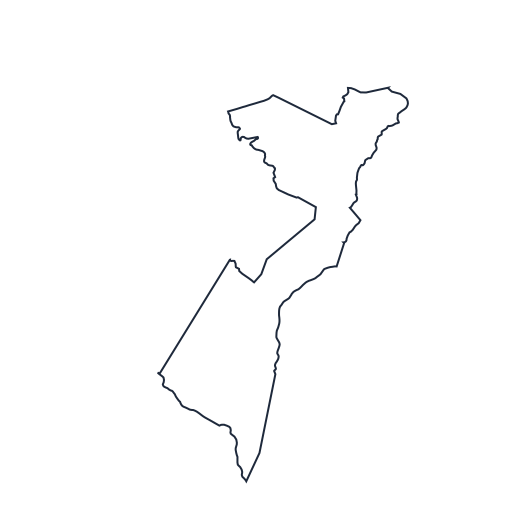 Bois Joli, Dennery, Saint Lucia, rotated 295°
{"feature_id": "8701671B16318499791123", "entity_name": "Bois Joli", "entity_type": "district", "adm_level": 2, "iso_a3": "LCA", "parent_name": "Saint Lucia", "parent_adm1": "Dennery", "projection": "natural_earth1", "projection_center": [-60.911, 13.922], "detail": "fine", "context": "isolated", "style": "outline", "palette": "slate", "viewbox_px": 512, "rotation_deg": 295, "n_neighbors": 0, "source": "geoboundaries", "source_scale": "gbopen_adm2", "svg_char_len": 6065}
<svg xmlns="http://www.w3.org/2000/svg" viewBox="0 0 512 512"><g transform="rotate(295 256 256)"><path d="M463.9,318.4L462.4,309.6L464.0,304.5L464.3,304.6L450.8,286.8L448.5,281.7L448.5,280.0L448.7,275.1L448.3,271.2L447.2,268.3L443.5,270.5L441.2,270.3L439.3,269.2L437.5,267.7L436.2,267.7L436.0,269.2L433.5,270.7L433.0,270.3L427.0,269.9L423.0,270.3L419.1,270.5L418.5,269.4L417.0,269.2L412.0,270.7L410.1,272.5L407.5,269.0L407.6,265.7L409.0,209.3L409.0,203.6L408.1,202.9L407.2,202.5L405.2,201.8L404.1,201.2L402.9,200.3L400.0,197.6L397.6,194.8L393.9,190.7L389.8,186.0L387.1,183.1L385.6,181.3L381.2,176.5L375.2,169.6L374.6,170.2L374.1,170.5L373.8,170.7L373.5,171.1L373.1,171.9L373.0,172.3L372.4,172.9L371.6,173.5L371.2,173.6L370.6,173.9L369.9,174.4L369.3,174.7L367.7,175.8L366.2,177.6L365.0,178.8L364.7,179.2L364.4,179.8L364.0,180.7L364.0,181.5L364.3,183.6L364.8,184.8L365.2,185.6L365.3,186.1L365.3,186.3L364.8,187.4L364.5,187.7L364.1,187.7L362.4,187.1L361.4,186.9L361.1,186.9L360.6,187.0L359.3,187.7L358.4,188.3L357.1,189.1L356.7,189.3L355.2,190.3L354.8,190.6L354.5,191.1L354.1,192.0L354.0,192.7L354.3,193.0L354.6,193.0L356.0,192.5L356.8,192.5L357.6,192.8L358.3,193.4L358.8,194.8L358.5,196.4L358.5,197.8L359.0,199.5L364.6,207.2L364.5,207.4L364.2,207.7L363.7,208.0L363.1,207.9L362.8,207.8L362.5,207.4L362.1,206.8L361.7,206.5L359.5,205.5L359.1,205.3L358.6,204.8L357.1,203.8L356.4,203.5L355.3,203.4L354.9,203.5L354.7,203.6L354.4,203.9L354.3,204.4L354.5,205.1L354.5,205.4L353.8,206.4L352.9,208.4L352.6,210.1L352.6,211.4L353.2,213.4L353.8,217.7L353.7,218.2L353.6,219.0L353.2,220.0L352.7,220.7L352.3,221.1L351.9,221.3L350.9,221.6L350.0,222.3L349.4,222.5L348.8,222.6L347.5,222.7L346.8,222.8L346.2,222.9L345.2,223.3L344.8,223.7L344.5,224.3L344.4,224.8L344.4,225.8L344.5,226.2L344.4,226.6L343.8,228.1L343.7,228.6L343.9,230.1L344.2,231.0L344.7,232.7L344.7,233.4L344.6,233.8L343.7,235.3L343.5,235.8L343.5,236.1L342.1,236.7L338.8,236.7L335.6,240.0L333.8,239.0L331.7,240.2L329.7,243.4L327.5,244.9L326.1,246.3L325.4,248.8L325.4,259.3L326.1,268.1L327.0,269.2L325.6,289.6L314.0,293.6L282.1,278.6L257.6,267.1L241.7,268.5L231.3,265.4L231.5,264.4L232.1,262.3L232.8,258.9L234.1,251.1L235.3,247.2L237.2,246.0L237.3,242.6L237.9,242.1L240.4,240.8L242.4,238.5L241.8,237.0L241.0,235.7L241.0,234.2L241.6,234.0L241.5,233.9L109.0,218.4L108.7,216.2L108.3,217.5L107.3,222.0L106.8,223.5L104.8,225.0L102.5,225.7L100.3,225.8L99.2,226.8L98.7,228.1L98.7,230.1L98.8,231.6L98.2,233.8L98.1,235.6L98.3,236.7L98.0,237.9L97.2,239.3L96.4,240.9L95.4,242.0L94.5,243.2L93.4,245.1L92.3,247.1L91.7,248.9L90.8,249.7L89.7,251.1L88.9,252.8L88.8,254.4L88.9,256.2L88.9,258.7L88.8,260.8L89.2,262.5L89.9,264.3L90.0,266.3L89.9,268.3L89.4,271.1L88.8,273.8L88.4,275.7L88.1,277.9L86.8,294.5L88.3,295.8L89.1,297.3L89.6,298.4L89.9,301.4L89.9,304.0L89.2,305.5L87.4,306.8L85.3,307.4L84.3,308.2L83.9,309.7L83.2,312.8L81.3,315.7L78.8,317.5L77.1,318.2L73.3,318.8L71.7,319.5L69.2,321.3L67.6,322.6L66.1,324.1L61.1,326.4L59.2,327.7L58.7,328.8L58.0,330.9L56.4,333.2L54.7,334.6L53.6,335.1L51.9,335.5L51.1,336.0L50.1,337.1L49.5,339.0L48.8,340.6L48.3,341.6L47.7,342.4L78.9,342.4L157.1,323.5L159.4,321.1L159.7,321.0L159.8,321.0L161.6,321.7L161.9,321.7L162.1,321.7L162.5,321.5L163.1,321.0L164.5,319.6L165.0,319.4L165.6,319.2L166.8,319.1L167.3,319.1L169.4,319.5L170.4,319.5L170.6,319.6L172.2,319.6L173.2,319.4L174.3,319.1L175.1,318.6L175.6,318.0L176.1,317.2L176.9,316.3L177.2,316.2L178.2,315.9L179.4,315.7L182.0,315.5L184.5,315.2L185.9,314.8L186.6,314.3L187.3,313.7L187.7,313.2L189.0,311.3L190.2,309.6L191.0,308.8L191.8,308.4L195.2,307.0L196.2,306.7L197.3,306.4L197.8,306.4L200.5,306.3L202.4,306.0L204.6,305.6L206.2,305.1L207.1,304.7L208.0,304.3L209.8,303.3L211.9,302.0L212.9,301.5L215.1,300.5L216.6,299.9L218.3,299.4L219.1,299.3L219.6,299.3L220.0,299.2L220.4,299.2L222.1,299.7L225.5,300.2L226.1,300.4L227.0,300.8L229.9,302.7L231.0,303.4L232.1,303.9L235.8,304.4L236.7,304.4L238.5,304.9L239.2,305.1L240.1,305.6L240.4,305.8L240.7,306.0L242.2,307.1L243.6,308.4L244.5,308.9L246.1,309.6L248.1,310.3L249.6,310.8L252.8,312.2L254.0,312.9L256.0,314.5L257.1,315.7L259.5,318.0L260.6,318.9L261.4,319.4L262.7,320.0L265.6,321.6L266.7,322.1L267.4,322.3L267.7,322.3L269.8,322.7L271.0,322.9L272.5,323.2L273.0,323.4L273.7,324.0L274.3,324.6L275.6,325.9L276.8,327.3L277.5,328.2L278.3,329.5L279.9,331.8L280.5,333.1L280.6,333.5L305.0,330.4L305.3,329.6L305.7,330.4L307.3,331.3L308.6,331.3L310.0,330.8L313.4,330.5L317.0,330.8L317.9,331.6L320.5,332.6L324.6,333.2L326.5,333.8L329.1,335.2L332.6,335.5L339.4,320.7L340.0,321.2L341.0,321.5L343.0,321.8L345.0,322.0L346.1,322.4L347.6,323.4L348.6,323.8L349.6,323.8L350.6,323.5L351.6,322.9L353.9,320.5L354.2,320.8L354.5,321.0L355.2,320.5L357.8,319.4L362.5,316.6L364.0,315.8L364.8,315.5L365.5,315.3L365.9,315.2L367.5,315.3L367.9,315.2L368.2,315.1L369.7,314.3L371.5,313.7L373.9,312.9L374.2,312.8L375.0,312.7L378.2,312.4L379.4,312.4L380.6,312.8L382.2,312.8L383.0,313.1L383.2,313.4L383.2,313.9L383.3,314.3L383.6,314.6L384.7,315.0L385.9,315.2L388.6,314.6L389.0,314.6L389.3,314.7L391.1,315.8L391.8,316.2L392.1,316.5L392.7,317.7L393.1,318.4L393.5,318.6L393.9,318.8L394.7,318.8L396.3,318.7L399.2,319.0L400.0,319.2L401.2,319.6L402.0,319.8L402.7,320.0L403.1,320.1L403.9,320.0L404.2,319.9L405.0,319.6L405.9,318.8L407.1,317.6L407.8,317.2L408.2,317.0L408.6,316.9L409.3,316.9L410.5,317.1L411.0,317.1L412.1,316.8L412.9,316.9L413.3,316.9L414.8,316.3L415.5,316.2L415.9,316.3L416.2,316.5L418.6,318.2L419.0,318.5L419.4,318.5L420.5,318.0L421.2,317.6L421.5,317.5L421.9,317.4L422.3,317.5L422.7,317.7L425.8,319.9L426.5,320.3L427.2,320.6L428.0,320.6L429.1,320.6L429.5,320.8L429.8,321.0L430.0,321.4L430.0,321.8L431.2,323.6L431.8,324.3L432.4,324.8L435.2,326.7L435.4,327.0L436.2,328.1L436.5,328.4L437.2,328.7L437.3,329.0L437.5,329.0L437.6,328.9L439.9,326.4L441.0,325.9L442.2,325.6L443.3,325.1L444.4,324.8L445.0,324.8L445.7,325.1L446.7,325.7L448.6,326.6L451.7,328.5L453.6,329.4L454.4,329.5L454.8,329.6L456.7,329.6L457.3,329.5L458.5,329.2L460.3,328.1L460.9,327.5L462.0,326.2L462.4,325.7L463.9,318.4Z" fill="none" stroke="#1e293b" stroke-width="2"/></g></svg>